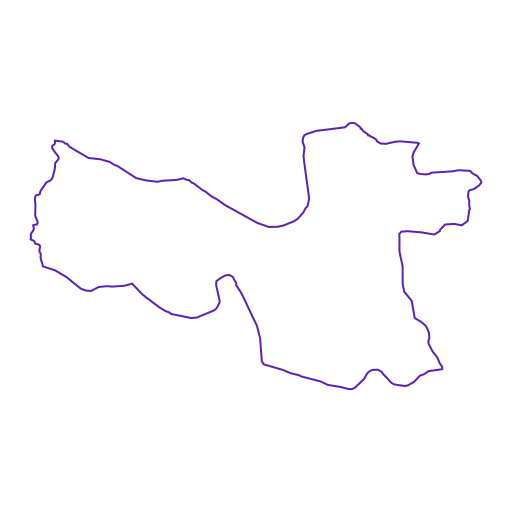 Tecpán Guatemala, Chimaltenango, Guatemala (orthographic projection), rotated 270°
{"feature_id": "79465075B20320299128156", "entity_name": "Tecpán Guatemala", "entity_type": "district", "adm_level": 2, "iso_a3": "GTM", "parent_name": "Guatemala", "parent_adm1": "Chimaltenango", "projection": "orthographic", "projection_center": [-90.996, 14.81], "detail": "fine", "context": "isolated", "style": "outline", "palette": "violet", "viewbox_px": 512, "rotation_deg": 270, "n_neighbors": 0, "source": "geoboundaries", "source_scale": "gbopen_adm2", "svg_char_len": 3423}
<svg xmlns="http://www.w3.org/2000/svg" viewBox="0 0 512 512"><g transform="rotate(270 256 256)"><path d="M147.7,263.6L142.2,282.5L138.8,290.6L136.7,299.3L135.7,300.9L130.5,320.7L127.1,327.8L124.9,341.3L123.0,348.2L122.9,352.0L124.3,354.9L132.8,363.9L138.8,367.3L141.2,370.2L142.1,372.8L142.3,378.0L140.0,381.8L137.9,383.2L133.7,387.3L129.7,390.7L127.8,393.7L127.1,397.0L126.0,405.0L126.6,407.8L130.1,414.0L136.3,419.9L137.9,424.3L140.8,428.5L142.8,442.2L145.4,442.1L148.8,439.7L154.5,437.3L160.8,432.4L168.3,428.6L170.7,428.3L173.8,429.3L179.0,429.0L182.9,427.5L186.2,425.7L190.0,421.3L194.0,414.7L211.2,411.7L220.2,404.3L227.6,402.7L245.9,402.6L256.9,400.2L261.0,399.4L271.5,399.5L278.0,399.3L280.4,401.4L280.8,407.6L279.7,420.8L277.5,434.4L280.8,439.7L282.4,440.2L287.5,445.2L288.1,454.2L286.7,461.7L291.1,467.7L302.1,469.3L302.7,469.9L308.2,469.1L310.8,469.3L315.4,468.0L320.5,468.5L321.9,469.9L322.9,473.8L326.4,478.9L329.3,481.3L331.6,480.7L336.0,477.2L338.7,472.4L341.1,470.2L341.8,458.8L340.6,452.0L339.3,431.1L338.1,429.6L337.6,426.3L338.0,420.1L339.2,417.1L347.2,413.5L355.6,412.5L359.3,413.5L368.5,418.9L369.2,417.5L370.7,399.9L370.2,394.8L368.2,386.1L368.5,380.5L370.8,376.8L372.0,376.6L374.2,373.8L375.6,370.4L376.6,369.5L376.6,368.1L377.9,367.6L381.0,363.1L382.9,361.9L383.2,360.7L384.7,360.4L388.8,354.8L389.1,351.9L388.6,349.2L384.7,345.0L381.1,316.2L378.1,307.0L376.8,304.4L373.8,303.0L370.5,302.6L364.4,304.5L355.9,303.5L349.0,304.3L313.3,309.2L306.0,307.6L303.9,305.6L299.5,303.3L293.1,297.7L290.6,293.7L286.5,283.5L285.3,278.0L285.0,268.9L289.1,257.2L306.9,225.1L312.8,216.7L315.4,211.8L321.0,204.7L321.5,203.1L328.6,193.7L329.5,191.5L331.8,189.2L332.2,186.5L333.7,183.5L332.1,176.5L331.2,161.7L330.2,157.6L331.5,146.4L333.9,136.2L346.3,117.0L346.8,114.8L350.1,109.7L351.9,103.3L352.7,100.7L354.0,88.5L357.9,81.9L365.0,69.8L368.3,66.9L368.3,65.5L370.3,62.9L371.4,55.0L369.4,55.0L368.1,54.7L367.2,53.9L366.4,52.5L365.3,52.1L364.1,52.2L363.2,52.6L361.1,54.0L356.3,57.7L355.0,58.5L353.6,58.7L352.5,58.1L350.4,56.5L349.6,55.7L348.7,55.2L347.5,55.1L346.0,55.0L344.3,54.9L342.8,54.7L340.9,54.3L339.5,53.9L337.8,53.4L336.0,53.1L334.2,52.5L333.2,51.8L332.1,51.1L331.4,50.3L330.1,47.4L329.1,46.0L328.3,45.5L326.4,44.2L324.0,42.6L322.1,41.2L320.5,40.3L319.5,40.1L317.8,39.7L317.3,38.6L316.8,36.2L315.8,35.4L314.8,35.1L313.3,34.9L311.7,35.0L310.5,35.2L308.1,35.4L304.8,35.4L297.2,35.2L295.6,35.4L291.6,37.1L290.0,37.6L289.0,37.6L287.4,36.7L287.4,35.7L286.8,33.2L285.3,33.4L284.0,33.8L282.5,33.7L281.3,33.1L280.6,32.6L279.4,31.8L278.5,31.2L277.2,30.8L276.0,30.8L273.7,30.9L272.6,30.7L272.0,31.9L271.4,33.4L270.6,34.3L269.7,34.8L268.5,35.2L268.0,36.4L267.7,38.2L267.0,39.4L265.8,40.0L264.9,40.1L263.9,39.9L262.3,39.4L261.3,39.4L260.4,39.6L258.8,40.3L257.6,40.8L256.3,40.7L254.9,40.6L253.6,40.7L252.5,41.0L251.6,41.2L250.7,41.5L249.0,42.1L245.6,42.9L241.7,55.0L236.9,63.1L234.9,66.6L230.7,71.6L223.2,81.0L221.4,86.2L221.0,90.9L225.0,98.7L225.8,106.7L225.4,112.9L226.3,124.8L228.4,132.1L218.2,141.8L214.9,145.7L204.2,160.0L200.8,165.7L199.5,169.6L198.1,170.9L193.9,191.4L194.5,197.1L197.3,203.5L199.0,207.9L201.5,213.7L202.9,215.9L205.8,217.8L209.6,219.6L211.9,219.5L227.1,216.1L230.9,216.4L233.7,220.3L236.5,225.1L237.1,229.3L235.0,232.9L230.6,235.1L229.4,236.0L227.0,236.2L219.6,240.9L216.1,242.8L195.6,252.4L186.1,257.0L173.7,260.1L151.0,261.8L147.7,263.6Z" fill="none" stroke="#5b21b6" stroke-width="2"/></g></svg>